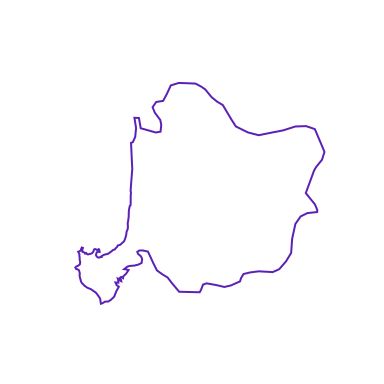 outline of Greenville, Sinoe, Liberia, rotated 66°
{"feature_id": "62588387B68895676065239", "entity_name": "Greenville", "entity_type": "district", "adm_level": 2, "iso_a3": "LBR", "parent_name": "Liberia", "parent_adm1": "Sinoe", "projection": "albers", "projection_center": [-9.039, 5.046], "detail": "fine", "context": "isolated", "style": "outline", "palette": "violet", "viewbox_px": 384, "rotation_deg": 66, "n_neighbors": 0, "source": "geoboundaries", "source_scale": "gbopen_adm2", "svg_char_len": 2706}
<svg xmlns="http://www.w3.org/2000/svg" viewBox="0 0 384 384"><g transform="rotate(66 192 192)"><path d="M122.3,227.7L142.0,235.4L146.5,237.1L154.4,241.4L165.9,247.6L167.5,247.9L170.7,249.6L177.5,252.7L179.0,253.4L179.3,254.4L183.2,257.2L186.3,258.7L187.6,259.3L189.4,260.2L192.9,262.4L194.7,263.6L197.6,264.6L199.8,265.9L201.8,268.0L204.5,269.6L207.3,271.9L209.3,274.0L211.0,278.9L210.7,281.6L211.9,283.2L212.4,284.7L213.1,286.0L213.0,286.9L212.8,287.6L213.3,289.2L213.7,290.8L214.3,294.0L213.7,297.0L213.6,298.3L213.9,300.9L214.6,301.1L214.1,302.3L214.2,303.6L213.3,304.7L212.1,305.3L210.5,305.4L208.5,303.7L208.1,302.5L209.2,300.8L207.8,300.3L206.3,300.4L206.4,301.2L206.4,302.3L205.5,302.9L204.7,303.8L204.6,304.7L205.6,305.7L206.6,306.7L207.2,308.0L207.2,309.9L206.7,312.5L205.6,313.3L204.8,313.4L204.8,314.7L203.8,314.7L203.2,315.2L202.2,316.4L200.0,315.6L198.7,314.4L197.9,315.3L199.0,316.5L200.3,317.6L200.3,318.4L200.3,320.3L203.0,320.1L204.7,321.0L206.1,321.2L207.6,322.0L210.7,322.7L212.4,323.8L213.0,325.7L213.0,327.9L213.5,329.3L215.4,329.1L216.0,328.0L217.4,327.1L219.7,327.4L221.2,327.8L221.9,328.4L223.7,329.0L228.7,329.8L230.6,329.6L231.4,329.2L233.8,328.4L236.7,326.7L239.8,323.8L244.8,320.8L248.2,319.9L252.1,319.3L257.0,320.7L257.2,319.1L256.8,316.0L258.0,312.9L257.4,309.6L256.0,305.7L254.8,304.5L251.7,301.3L248.8,297.4L246.3,298.7L243.5,298.7L244.9,296.2L242.9,295.4L241.3,295.1L243.1,294.1L244.7,292.9L243.3,292.5L241.2,293.1L240.8,291.2L242.6,290.0L241.2,289.2L240.6,287.7L240.0,285.7L237.5,281.7L235.7,284.0L234.9,285.3L233.9,281.4L234.2,279.1L235.9,274.1L236.5,270.4L236.3,266.9L233.0,264.8L230.1,264.8L226.3,266.5L224.4,266.3L224.0,264.0L225.4,260.7L227.5,257.9L228.5,256.5L232.9,256.4L241.4,256.3L245.6,256.1L247.4,256.0L249.2,256.0L255.1,252.6L260.1,249.1L267.5,247.3L269.5,246.7L277.9,244.3L286.7,225.8L285.1,223.6L281.1,219.6L281.2,218.0L281.4,215.8L287.3,207.1L291.9,201.1L293.2,194.5L293.2,184.5L290.7,182.3L287.9,178.3L289.1,171.7L291.6,163.3L297.3,152.2L298.0,150.9L298.0,143.7L293.6,134.3L288.0,126.2L275.6,119.6L273.5,118.1L263.2,110.5L258.5,102.7L258.2,95.2L261.2,85.8L260.4,85.4L259.5,84.9L253.4,84.7L239.3,88.5L222.1,71.8L219.8,68.7L215.4,60.1L209.3,54.7L202.4,54.5L184.5,54.2L178.2,61.0L174.2,70.9L172.8,83.5L171.2,90.6L170.6,93.0L167.6,106.4L167.3,107.9L160.3,116.7L150.9,124.5L149.9,125.3L141.8,126.5L125.1,128.5L119.7,132.3L113.4,135.5L103.6,138.2L99.5,140.7L94.4,144.7L91.0,151.5L87.4,158.9L87.0,159.6L86.0,168.0L92.1,175.0L97.0,181.3L95.2,188.1L98.5,193.5L104.4,193.7L113.3,191.7L118.2,192.8L124.1,196.2L122.9,200.9L112.9,212.9L102.8,210.4L100.8,214.4L110.9,217.1L118.6,221.5L122.4,225.8L122.3,227.7Z" fill="none" stroke="#5b21b6" stroke-width="2"/></g></svg>